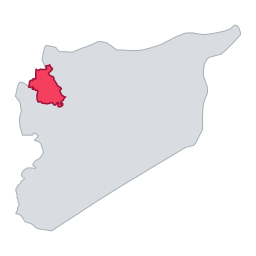 location of Idlib within Syria
{"feature_id": "SYR-140", "entity_name": "Idlib", "entity_type": "Province", "adm_level": 1, "iso_a3": "SYR", "parent_name": "Syria", "parent_adm1": "", "projection": "robinson", "projection_center": [36.748, 35.825], "detail": "fine", "context": "in_parent", "style": "filled", "palette": "rose", "viewbox_px": 256, "rotation_deg": 0, "n_neighbors": 0, "source": "natural_earth", "source_scale": "10m", "svg_char_len": 4719}
<svg xmlns="http://www.w3.org/2000/svg" viewBox="0 0 256 256"><path d="M19.8,82.1L22.4,82.3L27.9,85.6L28.8,85.5L30.4,81.2L32.0,79.8L35.4,78.5L36.4,71.6L38.0,70.2L39.9,69.5L42.8,69.4L45.3,69.0L45.5,67.8L42.0,59.8L42.3,57.8L44.0,49.7L45.1,46.6L46.1,45.5L50.1,46.0L55.8,47.4L57.3,49.7L60.0,51.7L64.2,51.6L69.0,52.0L72.7,52.1L75.7,50.7L82.4,48.0L85.7,47.1L88.7,45.9L98.5,41.5L102.4,41.8L105.0,42.4L107.1,43.1L111.7,46.1L115.5,49.2L118.2,50.1L122.9,50.0L129.9,50.6L138.3,50.5L143.3,49.7L149.6,48.2L160.8,44.6L175.6,37.0L184.2,33.4L188.0,32.9L192.8,32.9L197.8,33.9L203.3,34.5L205.9,34.5L211.9,33.7L219.6,32.2L224.5,31.0L230.3,28.9L234.0,25.5L235.1,25.1L236.7,25.8L237.4,26.0L238.9,27.9L240.6,32.9L240.6,33.5L240.4,34.9L236.6,39.0L231.5,44.6L227.8,48.1L221.6,54.0L216.8,55.3L208.9,57.4L206.8,59.5L204.9,62.8L203.8,67.4L203.5,70.3L203.4,75.6L205.3,81.2L207.2,86.5L207.5,90.0L207.4,93.5L205.7,97.2L203.9,102.2L202.9,108.0L202.5,118.7L202.6,127.9L202.5,129.4L199.3,135.9L195.5,143.5L193.7,145.3L185.3,147.5L176.1,153.1L165.8,159.3L156.4,164.9L146.6,170.8L136.4,177.0L129.1,181.3L119.4,187.2L110.4,192.8L101.4,198.5L94.5,202.8L84.1,209.7L78.0,213.7L69.0,219.5L61.0,224.7L51.6,230.9L39.8,229.0L36.1,228.0L33.0,225.1L30.8,223.5L25.2,221.9L21.7,216.4L19.5,214.5L15.8,213.6L17.4,210.1L17.7,207.7L19.3,204.9L18.3,203.1L17.8,199.1L17.1,198.1L16.9,197.1L17.4,195.8L17.2,194.5L16.6,194.0L16.3,192.0L15.8,190.6L16.0,188.8L16.9,187.6L17.7,185.4L18.7,184.8L20.3,183.4L20.7,181.9L22.1,180.5L24.0,179.3L24.4,178.4L24.2,177.9L22.3,176.8L21.3,175.0L22.2,172.3L22.8,171.5L23.9,170.2L26.5,168.2L28.5,167.9L30.2,167.9L33.1,168.0L35.3,168.4L35.9,167.9L35.8,167.2L33.0,165.6L32.9,164.3L33.6,163.0L35.6,160.8L37.9,159.2L39.1,158.9L41.8,155.7L43.5,152.1L40.7,143.4L39.1,142.0L36.3,140.8L34.7,140.6L34.6,140.0L36.8,137.8L38.3,135.9L36.6,134.0L33.6,133.2L32.4,135.1L28.6,135.2L22.5,135.2L19.9,126.0L19.5,122.0L19.6,117.4L21.5,110.6L20.6,107.5L20.5,105.4L20.1,102.5L15.4,96.3L18.0,84.9L19.8,82.1Z" fill="#d9dde1" stroke="#a8b0b8" stroke-width="1"/><path d="M43.9,69.6L46.3,69.2L46.5,68.9L46.5,67.9L46.3,67.3L46.1,66.7L45.8,66.0L46.2,65.8L47.4,65.6L48.5,65.6L49.4,65.0L49.6,64.9L49.8,64.9L49.9,65.0L50.0,65.1L50.0,65.3L50.1,66.0L50.3,66.4L51.4,67.4L52.3,68.5L52.4,68.8L52.4,69.0L52.3,69.3L52.2,69.6L52.0,69.8L51.3,70.5L51.1,70.8L50.6,71.1L50.3,71.4L50.2,71.6L50.0,71.8L48.8,72.7L48.4,73.4L49.1,74.3L49.4,74.8L49.7,75.2L50.0,75.5L50.3,75.6L53.2,76.9L53.5,77.2L53.7,77.4L53.8,77.6L53.8,77.9L53.9,79.2L53.9,79.6L53.9,79.8L54.0,79.9L55.8,82.5L57.6,85.6L57.8,86.0L58.1,86.2L58.2,86.3L58.4,86.3L58.9,86.4L59.3,86.7L60.0,87.3L61.0,88.0L61.3,88.4L61.3,88.5L61.3,88.9L61.2,89.0L61.1,89.3L60.8,89.6L60.6,89.8L60.1,90.0L59.9,90.2L59.7,90.4L60.2,92.0L60.5,92.6L60.8,92.9L60.9,93.2L61.0,93.9L61.2,94.2L62.3,95.5L62.7,95.7L62.9,95.8L63.1,95.9L63.6,96.4L63.8,96.5L65.3,97.1L64.6,97.5L64.4,97.8L64.0,98.7L63.2,100.2L63.0,100.4L62.7,100.6L62.0,100.9L61.6,101.1L61.4,101.3L61.2,101.6L60.6,103.1L60.5,103.3L60.4,103.5L60.5,103.7L60.5,103.8L60.7,104.0L60.8,104.0L61.0,104.1L61.3,104.0L61.4,103.9L61.5,103.8L61.6,103.7L61.8,103.3L61.9,103.2L62.0,103.1L62.4,103.0L62.5,103.1L62.6,103.3L62.7,103.5L62.7,103.8L62.7,105.5L62.4,105.6L62.1,105.5L61.8,105.6L61.7,105.7L61.4,106.0L61.1,106.5L60.9,106.6L60.7,106.7L59.8,106.7L59.0,106.8L58.7,106.8L58.4,106.7L58.2,106.5L58.1,106.4L58.0,105.8L58.0,105.6L57.9,105.0L57.9,104.9L57.9,104.7L58.3,103.9L58.3,103.7L58.3,103.4L58.3,103.1L58.3,102.9L58.2,102.8L58.2,102.7L58.0,102.4L57.9,102.3L57.7,102.3L57.5,102.5L57.2,103.0L56.4,103.9L55.8,104.8L55.6,104.9L55.3,105.0L55.1,105.0L54.7,105.1L54.4,105.0L54.3,104.9L54.2,104.8L54.1,104.7L53.8,104.5L53.7,104.4L53.4,104.1L53.4,103.9L53.2,103.7L52.2,102.8L52.1,102.7L51.9,102.7L51.6,102.7L47.5,103.8L45.7,103.7L43.4,103.1L43.1,103.1L42.4,103.1L42.1,103.1L41.9,103.0L41.6,102.9L41.5,102.7L41.4,102.6L41.3,102.3L41.2,102.0L41.1,101.9L40.4,101.6L40.2,101.5L38.8,102.1L38.1,101.9L37.9,101.6L37.7,100.9L37.0,99.3L37.0,99.2L37.1,98.8L37.2,98.6L36.9,95.8L37.0,95.1L37.5,92.9L37.7,91.1L37.6,90.5L37.4,90.4L35.9,90.4L35.4,90.2L35.3,89.9L35.2,89.6L34.9,89.2L34.7,89.1L34.4,89.1L34.2,89.2L33.7,89.4L33.3,89.4L33.0,89.4L32.7,89.3L32.6,89.2L32.4,89.0L32.2,88.7L33.1,88.1L33.3,87.8L33.4,87.6L33.3,87.3L33.2,87.2L32.9,87.0L30.6,87.1L30.3,87.2L30.0,87.3L29.8,87.3L29.5,87.4L29.0,87.3L28.8,87.2L28.7,87.1L28.6,86.8L28.6,86.7L28.7,86.4L28.8,86.2L29.3,84.7L29.5,81.8L30.3,80.6L31.4,80.2L32.2,80.5L32.7,80.3L33.0,78.9L33.7,78.6L35.1,79.1L35.8,78.9L35.7,77.7L35.8,71.8L35.9,71.1L36.1,70.8L36.4,70.6L36.4,70.2L35.9,69.6L36.3,69.3L36.7,69.8L37.2,70.1L37.6,70.2L38.6,70.3L38.8,70.4L39.0,70.4L39.3,70.3L39.4,70.0L39.5,69.7L40.0,69.3L40.6,69.2L43.2,69.6L43.9,69.6Z" fill="#f43f5e" stroke="#9f1239" stroke-width="1.5"/></svg>